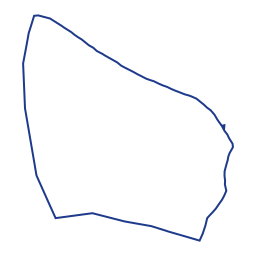 outline of Independence City, Castries, Saint Lucia
{"feature_id": "8701671B64940786723478", "entity_name": "Independence City", "entity_type": "district", "adm_level": 2, "iso_a3": "LCA", "parent_name": "Saint Lucia", "parent_adm1": "Castries", "projection": "natural_earth1", "projection_center": [-60.978, 14.002], "detail": "fine", "context": "isolated", "style": "outline", "palette": "blue", "viewbox_px": 256, "rotation_deg": 0, "n_neighbors": 0, "source": "geoboundaries", "source_scale": "gbopen_adm2", "svg_char_len": 1176}
<svg xmlns="http://www.w3.org/2000/svg" viewBox="0 0 256 256"><path d="M221.8,125.8L219.0,122.0L217.1,119.2L214.5,114.7L210.6,110.2L207.0,107.6L203.7,104.5L200.1,101.6L196.5,98.7L192.3,96.8L189.3,95.6L184.6,94.3L179.1,92.1L175.6,90.8L171.1,88.9L167.1,86.9L162.5,85.3L158.0,83.3L154.0,81.3L150.5,80.2L146.2,78.7L141.6,76.3L137.4,74.2L133.7,72.1L128.8,69.6L124.8,67.6L121.1,65.6L117.2,62.4L111.5,59.2L105.1,55.6L102.2,53.8L96.8,51.0L93.2,47.7L88.9,45.3L81.5,39.3L78.3,37.4L74.1,34.5L71.4,32.2L65.2,28.3L63.2,27.0L62.0,26.1L50.0,18.5L38.2,15.4L34.1,15.8L31.0,25.9L28.7,33.1L26.6,44.9L23.1,63.5L23.9,82.1L25.0,108.3L34.9,166.1L35.2,168.0L36.5,175.5L48.6,202.6L55.6,218.1L60.3,217.5L65.5,216.8L92.4,213.2L124.5,221.4L135.1,223.3L151.2,226.1L166.2,230.8L168.6,231.6L199.6,240.6L202.7,233.7L203.9,230.1L205.4,225.6L207.2,218.1L210.1,214.9L212.6,212.3L215.7,208.8L218.8,204.3L222.0,199.8L224.2,195.7L226.3,190.8L224.9,184.4L225.1,180.6L224.5,175.8L224.6,171.3L226.3,164.9L227.7,160.1L228.3,156.6L229.7,152.9L232.9,147.3L232.6,143.8L229.3,138.6L227.3,134.5L224.4,130.7L221.8,125.8ZM221.8,125.8L224.1,128.5L224.4,125.2L221.8,125.8Z" fill="none" stroke="#1e3a8a" stroke-width="2"/></svg>